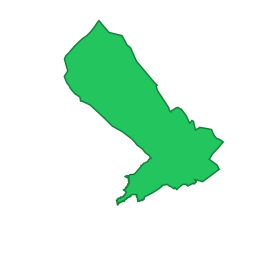 Ayacucho, San Luis, Argentina, rotated 43°
{"feature_id": "61730980B39092532797168", "entity_name": "Ayacucho", "entity_type": "district", "adm_level": 2, "iso_a3": "ARG", "parent_name": "Argentina", "parent_adm1": "San Luis", "projection": "natural_earth1", "projection_center": [-66.166, -32.297], "detail": "fine", "context": "isolated", "style": "filled", "palette": "green", "viewbox_px": 256, "rotation_deg": 43, "n_neighbors": 0, "source": "geoboundaries", "source_scale": "gbopen_adm2", "svg_char_len": 5171}
<svg xmlns="http://www.w3.org/2000/svg" viewBox="0 0 256 256"><g transform="rotate(43 128 128)"><path d="M46.3,133.8L52.5,136.7L56.2,137.2L58.3,138.2L62.5,138.8L66.3,139.1L71.3,138.2L71.8,138.2L74.3,140.1L74.6,140.3L74.8,140.6L75.0,140.6L75.3,140.2L76.9,139.5L84.4,137.0L102.8,136.9L109.9,137.1L110.9,137.1L111.8,137.2L115.4,137.3L126.5,134.5L139.0,133.3L143.3,133.8L146.1,134.3L152.4,133.5L157.7,134.2L162.0,133.6L165.6,134.5L165.1,134.9L164.9,134.9L164.7,135.2L164.8,135.9L164.8,137.8L165.5,138.8L164.8,140.2L164.6,140.9L164.4,141.8L163.6,142.9L163.7,145.6L163.1,146.5L163.7,146.8L163.8,147.7L163.8,148.0L163.8,148.5L164.1,155.0L164.2,156.2L164.4,156.4L164.1,156.8L163.8,157.5L163.8,158.1L161.4,160.5L161.2,162.0L161.2,162.4L161.2,162.5L159.7,163.6L159.6,163.8L159.3,164.5L159.0,165.5L159.3,165.5L159.6,165.3L159.8,165.2L160.0,164.9L160.5,165.2L161.0,165.1L161.3,164.8L161.5,164.8L161.6,164.6L161.5,164.3L161.5,164.2L161.8,163.9L162.0,163.6L162.5,163.8L162.9,163.9L162.9,164.1L163.2,164.3L163.2,164.9L163.3,165.4L163.5,165.5L164.1,165.6L164.3,165.6L164.6,165.4L164.8,165.5L165.0,165.7L165.1,166.3L164.7,166.5L165.1,167.0L165.3,167.0L165.5,167.0L165.8,166.8L166.1,167.8L166.3,167.8L166.5,167.8L166.7,168.0L166.8,168.4L166.8,168.5L166.6,168.7L166.6,169.0L166.7,169.4L166.7,169.5L166.4,169.5L166.6,169.8L166.9,169.6L167.1,169.7L167.1,169.8L166.9,170.2L167.0,170.4L166.8,170.9L166.9,171.0L167.2,171.5L166.9,171.9L166.9,172.1L167.0,172.2L167.5,172.0L167.4,172.3L167.2,172.6L167.0,173.0L167.1,173.5L167.5,173.6L167.4,173.9L167.7,174.0L167.4,174.3L167.5,174.8L167.2,175.4L167.2,176.0L166.9,176.3L167.1,176.4L169.1,176.0L170.4,176.2L170.7,176.5L170.7,177.6L171.2,179.1L171.2,179.3L171.5,179.8L171.4,179.9L171.4,180.0L171.2,180.1L171.0,180.3L171.0,180.8L171.2,181.0L171.1,181.7L171.0,181.8L170.9,181.9L170.8,182.2L170.7,182.5L170.8,182.6L170.7,182.8L170.7,183.0L170.4,183.1L170.2,183.5L170.3,183.3L170.1,183.7L170.1,183.9L169.9,183.8L169.9,184.2L169.7,184.3L169.8,184.3L169.8,184.5L169.8,184.4L169.9,184.5L169.7,184.6L169.8,184.6L169.7,184.9L169.6,185.0L169.7,184.9L169.8,184.8L169.6,185.1L169.8,185.0L169.7,185.1L169.8,185.1L169.6,185.3L169.3,186.0L169.1,187.2L168.9,187.7L169.0,187.9L168.9,188.1L168.9,188.3L169.0,188.5L169.1,188.8L169.3,188.8L169.2,189.0L169.5,189.1L170.0,189.3L170.4,189.6L170.8,189.8L170.9,190.0L171.2,190.1L171.4,190.3L171.5,190.3L171.7,190.5L171.9,190.6L172.4,191.2L172.7,191.4L172.8,191.3L172.5,191.0L172.8,190.5L172.6,190.0L172.4,189.5L172.6,189.6L172.8,189.7L172.8,189.4L172.7,189.3L172.7,189.1L172.6,188.9L172.6,188.5L173.0,188.1L173.5,187.3L173.4,187.0L173.7,186.5L173.7,186.1L173.8,186.0L173.8,185.6L174.1,185.2L174.3,185.0L174.3,184.8L174.1,184.7L174.3,184.4L174.7,184.3L174.7,184.1L174.8,184.1L174.7,183.7L174.8,183.7L175.0,183.7L174.7,183.3L174.7,183.2L174.9,182.9L174.8,182.7L174.8,182.2L174.9,181.8L175.0,181.5L175.0,181.3L175.2,181.2L175.2,180.9L175.3,180.6L175.1,180.2L175.3,180.1L175.2,179.9L174.9,179.8L174.9,179.6L175.3,179.2L176.5,176.6L175.9,176.7L176.4,173.8L176.8,173.5L179.4,171.2L179.5,171.0L179.7,170.8L179.8,170.8L180.0,170.8L180.2,171.0L180.4,171.1L180.5,171.2L180.4,171.4L180.4,171.7L180.7,171.9L180.7,172.0L180.8,172.1L181.2,172.2L181.2,172.6L181.4,172.7L181.6,172.6L181.8,172.7L182.1,172.6L182.5,172.6L183.4,173.1L183.4,173.5L183.7,173.8L184.0,173.9L184.8,174.6L185.0,174.3L185.2,174.6L185.3,174.4L185.5,174.4L185.7,173.7L186.2,173.7L186.1,173.2L186.3,173.2L186.5,173.1L186.6,172.7L186.6,172.3L186.8,171.9L187.1,172.0L187.3,171.9L187.5,171.6L187.5,171.3L187.4,171.2L187.5,171.1L187.8,171.2L187.9,170.9L187.7,170.7L187.9,170.6L187.8,170.2L188.1,170.1L188.1,169.8L188.0,169.6L188.3,169.3L188.3,169.2L187.1,167.1L190.0,159.0L190.7,156.5L192.0,151.3L192.6,147.8L192.0,147.4L192.4,146.2L195.2,142.4L197.7,142.3L198.4,141.9L199.9,141.4L201.3,141.5L203.1,141.0L203.0,139.9L205.8,139.7L205.8,136.5L206.1,135.0L206.4,132.5L206.9,131.4L208.8,129.6L210.6,129.7L211.2,129.7L211.3,129.6L213.7,123.2L213.9,123.2L214.1,123.4L214.3,123.9L214.6,123.7L214.6,120.7L212.1,120.2L214.1,119.0L219.2,116.3L222.9,95.9L222.6,95.9L221.7,95.8L220.4,95.1L218.4,94.4L208.7,95.5L208.5,93.9L208.2,92.8L207.5,89.5L207.5,81.3L207.2,73.3L206.1,73.5L204.9,73.5L203.6,73.7L202.6,74.0L201.4,74.5L200.2,75.1L198.6,75.1L198.1,75.0L197.2,75.0L196.2,74.6L195.7,74.6L194.7,74.2L194.2,74.1L193.1,73.6L191.6,72.8L190.0,72.2L188.6,73.2L187.0,74.0L185.7,74.9L179.9,78.7L179.8,78.9L180.0,79.2L180.0,79.5L179.6,80.7L179.3,81.6L179.1,82.0L178.7,83.4L177.4,82.7L176.1,81.8L174.2,80.5L172.9,79.6L172.1,79.0L171.5,78.7L170.7,78.6L169.6,78.9L169.8,81.7L169.7,82.4L162.1,79.3L156.0,78.2L154.8,78.0L154.7,78.1L154.1,77.9L153.7,78.3L150.5,78.9L150.5,79.4L149.8,79.7L149.6,80.3L149.5,80.6L149.3,81.1L149.3,81.4L148.0,86.1L148.5,87.0L146.5,87.0L144.7,86.0L143.6,85.3L124.3,80.6L120.0,78.3L120.1,76.9L113.7,76.5L88.6,73.4L75.2,67.6L74.0,67.7L73.0,67.7L71.0,67.9L70.3,67.9L68.5,67.3L67.5,66.8L60.6,64.6L48.9,71.1L33.5,69.3L33.6,71.6L34.2,74.7L34.7,78.3L35.0,81.8L35.1,84.1L34.8,89.3L34.2,91.8L33.7,94.6L33.4,98.3L33.1,104.5L33.2,107.4L33.3,109.8L33.5,114.1L33.3,116.3L33.5,118.0L34.0,119.8L34.6,121.0L45.0,127.3L46.3,133.8Z" fill="#22c55e" stroke="#15803d" stroke-width="1.5"/></g></svg>